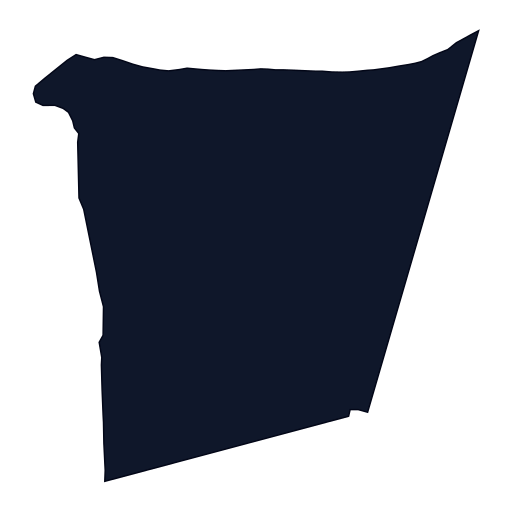 Galinhos, Rio Grande do Norte, Brazil (Mercator projection)
{"feature_id": "56859067B90906077559258", "entity_name": "Galinhos", "entity_type": "district", "adm_level": 2, "iso_a3": "BRA", "parent_name": "Brazil", "parent_adm1": "Rio Grande do Norte", "projection": "mercator", "projection_center": [-36.221, -5.183], "detail": "fine", "context": "isolated", "style": "filled", "palette": "ink", "viewbox_px": 512, "rotation_deg": 0, "n_neighbors": 0, "source": "geoboundaries", "source_scale": "gbopen_adm2", "svg_char_len": 1053}
<svg xmlns="http://www.w3.org/2000/svg" viewBox="0 0 512 512"><path d="M478.6,30.7L471.0,34.7L465.6,37.7L456.4,42.7L447.8,49.6L439.9,52.7L433.0,55.7L427.7,58.6L421.6,61.6L415.1,63.3L408.4,64.6L398.9,66.1L389.3,67.8L381.1,68.9L373.7,69.9L367.4,70.3L358.6,71.2L349.4,72.0L342.3,72.2L331.9,72.0L322.0,71.2L315.3,71.2L306.0,70.8L294.6,70.3L283.9,69.9L275.6,69.9L268.3,69.2L260.8,68.9L253.7,69.5L240.9,70.1L232.0,70.5L225.7,70.8L217.6,70.5L209.6,70.1L202.6,69.6L194.6,68.9L187.1,68.2L179.2,69.6L168.6,70.9L160.0,70.1L153.7,68.9L142.5,66.9L132.8,64.2L122.3,60.6L112.8,57.6L103.9,57.3L94.5,59.7L85.7,57.3L76.1,54.6L67.2,60.3L44.9,78.2L35.4,86.2L33.4,93.7L35.8,102.1L43.0,105.4L54.9,105.3L63.2,108.4L68.5,112.3L72.7,120.7L74.4,127.9L78.8,133.5L77.7,142.2L79.0,198.0L83.7,209.2L96.5,272.3L99.5,291.2L103.5,306.7L103.1,335.3L99.2,342.3L101.8,357.5L101.4,364.9L102.1,389.7L102.8,406.9L103.1,414.7L103.5,422.3L103.9,443.5L105.2,470.4L104.8,481.3L348.6,416.2L350.1,409.6L358.3,409.6L367.6,412.2L478.6,30.7Z" fill="#0f172a" stroke="#020617" stroke-width="1.5"/></svg>